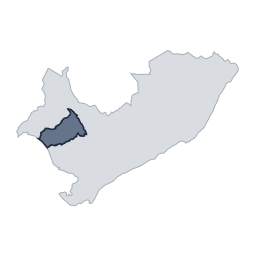 Loreto, Loreto, Peru shown in context, rotated 269°
{"feature_id": "86281439B27227740990867", "entity_name": "Loreto", "entity_type": "district", "adm_level": 2, "iso_a3": "PER", "parent_name": "Peru", "parent_adm1": "Loreto", "projection": "albers", "projection_center": [-75.325, -3.761], "detail": "fine", "context": "in_parent", "style": "filled", "palette": "slate", "viewbox_px": 256, "rotation_deg": 269, "n_neighbors": 0, "source": "geoboundaries", "source_scale": "gbopen_adm2", "svg_char_len": 8106}
<svg xmlns="http://www.w3.org/2000/svg" viewBox="0 0 256 256"><g transform="rotate(269 128 128)"><path d="M190.0,68.3L189.9,69.1L189.0,69.5L188.0,68.9L186.7,69.1L184.7,67.2L179.8,67.5L177.7,69.6L174.5,70.1L171.0,71.1L167.1,71.5L160.8,74.9L159.4,76.3L156.6,78.3L154.3,79.0L153.1,85.3L150.9,88.9L150.0,90.9L151.2,94.0L151.2,95.4L149.9,96.6L148.9,96.8L146.8,98.1L143.6,100.8L143.0,102.9L144.1,105.8L143.7,106.1L141.1,106.6L141.2,108.2L140.6,108.8L142.8,111.0L144.1,111.5L144.1,112.1L143.9,112.7L143.4,112.9L143.4,113.4L145.0,115.1L146.1,118.4L148.4,120.1L148.5,121.1L149.1,122.2L150.3,123.0L153.1,126.4L153.1,127.9L150.2,131.5L155.0,131.5L160.3,132.7L161.1,133.3L161.7,134.9L161.8,135.9L162.8,136.8L162.7,138.7L169.7,138.8L174.2,138.3L181.5,132.4L182.6,131.9L182.0,133.2L181.9,134.1L182.3,135.2L181.5,136.6L181.3,151.1L182.6,150.3L184.3,151.7L185.6,151.7L189.6,150.1L194.2,150.4L204.9,169.3L204.0,170.6L204.0,171.6L202.7,172.4L201.3,173.9L201.2,181.3L200.1,183.6L200.7,184.8L201.3,187.1L202.3,188.6L202.5,189.5L202.4,189.8L200.9,190.6L200.8,192.0L198.1,194.6L197.6,196.4L196.6,197.0L196.4,199.0L198.8,202.3L197.2,204.2L195.8,207.1L198.2,213.2L199.2,214.1L200.2,214.1L201.8,214.6L202.7,215.5L200.7,216.7L200.4,217.2L200.5,219.1L198.3,220.6L195.4,224.4L194.6,224.6L193.2,225.8L192.9,226.3L193.2,226.9L194.4,228.0L194.5,229.4L192.4,231.1L191.0,231.3L190.4,231.7L191.0,234.1L191.0,235.1L190.5,236.4L189.5,237.7L186.4,239.1L183.5,239.3L178.8,235.8L177.3,234.4L172.5,231.4L171.8,228.3L170.2,226.7L167.3,225.6L165.0,224.0L163.2,223.2L159.0,219.7L155.0,218.6L147.7,214.9L143.8,213.6L138.7,210.1L136.0,209.2L133.8,207.6L127.2,204.1L126.1,203.0L125.1,201.3L123.7,200.3L122.0,198.0L119.5,196.6L117.2,194.8L114.3,189.9L112.9,188.8L112.8,186.5L111.8,185.5L113.2,184.8L114.1,181.3L113.7,179.6L110.3,174.9L109.6,172.9L107.2,169.3L106.3,167.2L104.3,165.6L103.5,164.3L102.4,163.7L102.3,162.0L101.6,158.9L100.5,157.3L96.5,154.3L96.2,151.1L95.3,148.8L89.8,139.8L86.6,131.0L83.9,126.1L82.8,123.3L82.7,121.8L80.7,119.2L79.7,116.9L75.2,112.3L72.6,107.2L72.2,105.7L70.5,102.9L67.6,99.3L66.2,97.8L57.6,93.4L53.6,90.6L53.1,89.2L53.3,88.4L54.2,87.6L55.4,88.2L56.1,88.0L56.7,87.0L56.7,85.5L56.0,83.5L53.2,79.7L53.9,78.0L51.1,73.7L51.7,69.4L52.3,68.3L56.5,64.0L57.6,62.1L59.4,61.0L61.2,59.2L63.4,57.9L64.0,58.3L64.6,60.6L64.6,62.2L65.2,63.9L63.7,65.4L62.0,65.1L61.4,65.5L61.1,66.2L61.4,67.4L61.8,67.9L63.1,67.9L61.4,70.2L61.6,70.6L62.7,71.1L63.8,70.5L65.0,69.2L65.7,69.0L69.9,71.2L71.8,70.9L73.3,71.9L73.5,73.5L75.6,76.7L78.7,77.4L79.2,77.2L79.9,76.0L80.6,75.8L80.8,74.0L83.5,72.2L83.9,70.9L83.5,70.0L83.5,69.3L85.1,65.1L85.6,64.7L86.1,63.3L86.7,62.5L87.6,57.9L88.3,57.9L89.0,59.0L89.9,58.7L89.4,57.7L89.6,57.3L92.5,53.6L93.5,52.7L107.9,47.6L115.2,42.3L121.5,34.9L123.5,27.5L124.2,28.0L125.5,27.8L125.0,24.8L125.3,23.4L125.3,23.0L123.3,21.2L122.5,19.2L120.8,18.1L120.8,17.7L122.7,18.1L124.3,17.9L125.8,16.7L126.8,16.8L129.2,18.5L131.0,18.6L131.5,19.8L133.2,20.7L135.7,23.3L136.8,26.1L136.7,26.6L137.8,28.1L140.1,28.8L142.5,30.8L144.9,31.5L146.0,33.4L146.6,33.9L147.0,35.0L146.6,36.3L146.9,36.9L148.7,38.0L150.3,38.1L150.6,38.6L151.5,41.7L150.9,43.3L151.1,44.1L153.1,44.9L153.7,45.5L155.3,45.7L157.6,45.0L160.4,46.0L162.6,45.6L163.6,45.4L164.6,44.7L165.4,44.8L167.7,42.8L168.3,42.6L170.7,43.5L172.6,44.9L175.1,44.6L176.1,43.8L177.9,43.3L181.1,45.0L181.8,45.8L182.7,46.0L186.1,47.6L186.7,48.3L188.6,48.9L188.9,49.5L188.8,50.1L180.7,62.7L183.2,63.7L185.5,63.1L186.7,63.9L187.6,66.0L189.4,67.4L190.0,68.3Z" fill="#d9dde1" stroke="#a8b0b8" stroke-width="1"/><path d="M122.4,86.4L123.2,86.3L123.4,86.3L123.6,86.1L123.8,85.9L124.4,86.0L124.8,85.9L125.3,85.4L125.8,85.2L126.0,85.0L126.3,85.1L126.8,84.5L127.1,84.1L127.7,83.6L127.8,83.5L128.3,83.5L128.6,83.8L129.0,83.8L129.4,83.4L129.7,83.2L130.3,83.1L130.6,83.0L132.9,81.8L133.0,81.6L133.2,81.2L133.5,80.9L133.7,80.7L135.1,80.1L135.6,80.0L136.4,79.3L136.8,79.3L137.2,79.1L137.5,79.2L137.9,78.9L138.2,78.7L138.5,78.5L138.6,78.4L138.5,78.1L138.6,77.9L139.1,77.6L139.6,77.1L139.9,76.9L140.2,76.8L140.7,76.9L141.0,77.1L141.4,77.5L141.5,77.6L141.7,77.4L141.9,77.1L142.0,76.9L141.9,76.8L141.9,76.6L142.2,76.0L142.5,76.0L142.7,75.7L143.0,75.5L143.3,75.2L143.6,75.0L143.9,74.7L144.0,74.5L144.2,74.2L144.6,74.2L144.9,74.1L145.1,73.9L145.4,73.5L145.5,73.2L145.8,72.8L146.5,72.4L146.7,72.0L146.9,71.7L147.2,71.6L147.3,71.4L147.3,70.9L147.7,70.6L147.8,70.4L147.8,70.2L147.8,69.7L147.7,69.6L147.5,69.2L147.7,68.8L148.3,68.4L148.1,68.1L147.9,68.3L147.6,68.5L147.2,68.7L147.2,69.0L146.3,69.4L146.1,69.6L145.7,69.9L144.5,70.6L144.3,70.7L143.6,70.7L143.1,70.7L142.8,70.6L142.6,70.5L142.1,70.0L141.8,69.9L141.6,69.8L141.5,69.7L141.4,69.2L140.0,68.2L139.7,67.8L139.5,67.4L139.1,66.0L139.1,65.2L138.9,65.1L138.9,64.8L138.8,64.7L138.6,64.2L138.4,64.0L138.5,63.9L138.3,63.7L138.1,63.5L138.0,63.4L137.8,63.3L137.6,63.3L137.3,63.1L137.0,62.7L136.9,62.4L136.5,62.3L136.3,61.8L136.2,61.7L135.8,61.7L135.7,61.7L135.1,61.6L135.0,61.3L134.7,61.5L134.0,60.7L132.4,59.2L132.4,58.7L132.2,58.5L131.9,58.5L132.0,58.3L131.9,58.0L131.9,57.8L131.8,57.5L131.8,57.4L131.7,57.4L131.5,57.0L131.3,56.9L131.2,56.9L131.0,56.7L130.9,56.7L130.7,56.6L130.6,56.4L130.6,56.2L130.8,55.9L130.7,55.8L130.5,55.7L130.4,55.6L130.2,55.6L130.0,55.4L129.8,55.5L129.7,55.4L129.6,55.5L129.6,55.4L129.3,55.3L129.2,55.4L128.9,55.3L128.6,55.3L128.6,55.1L128.5,54.9L128.4,54.8L128.3,54.5L128.4,54.3L128.3,54.2L128.3,53.9L128.2,53.7L128.1,53.3L128.1,52.9L127.8,52.7L127.9,52.1L127.9,51.8L128.0,51.6L128.2,50.9L128.2,50.4L128.4,50.1L128.4,49.5L128.4,49.1L128.5,48.9L128.8,48.8L128.9,48.6L129.0,48.2L129.0,47.9L129.0,47.7L128.9,47.6L128.6,47.1L128.7,46.9L128.9,46.9L129.1,46.8L129.1,46.3L129.1,46.0L129.1,45.7L129.0,45.4L129.0,45.2L128.9,45.2L128.7,45.2L128.3,45.0L128.0,44.8L127.8,44.5L127.7,44.5L127.5,44.3L127.2,44.2L127.1,44.4L126.8,44.2L126.6,43.6L126.4,43.4L126.4,43.2L126.5,43.1L126.4,43.0L126.2,42.8L126.2,42.7L125.9,42.6L125.6,42.4L125.5,42.1L125.5,41.9L125.4,41.8L125.4,41.6L125.2,41.4L125.2,41.2L125.0,40.8L124.8,40.7L124.4,40.7L124.1,40.8L123.7,40.9L123.5,41.0L123.1,41.1L122.9,40.8L122.6,40.7L122.1,40.7L121.9,40.6L121.5,40.2L121.0,40.3L120.9,40.2L120.5,40.0L120.4,40.0L119.9,39.9L119.4,39.8L119.3,39.6L119.0,38.8L118.9,38.6L119.0,38.3L119.0,38.1L115.7,42.2L109.7,47.0L110.0,47.1L110.1,47.6L110.1,47.8L110.2,48.0L110.3,48.0L110.5,48.1L110.7,48.4L110.9,48.6L111.1,48.8L111.3,49.1L111.5,49.2L111.6,49.5L111.4,49.6L111.6,49.7L111.8,49.7L112.0,50.5L112.4,50.6L112.5,50.9L112.5,51.1L112.4,51.3L112.4,51.7L112.2,51.8L112.1,52.1L112.0,52.3L112.0,52.5L112.1,52.8L112.1,53.0L112.0,53.7L111.9,54.0L111.7,54.3L111.5,54.5L112.0,55.0L111.8,55.2L111.8,55.3L112.0,55.4L112.0,55.5L111.9,55.6L111.9,55.8L112.1,55.6L112.3,55.6L112.2,55.8L112.1,56.0L112.3,56.1L112.3,56.3L112.5,56.7L112.6,56.8L112.7,57.0L112.8,57.0L113.0,57.4L113.0,57.6L112.9,57.8L113.0,57.9L113.1,58.2L113.1,58.3L113.1,58.8L113.5,59.3L113.6,59.7L113.4,59.8L113.2,59.9L113.1,60.0L113.2,60.3L113.4,60.3L113.4,60.7L112.8,61.0L112.6,61.1L112.3,61.3L112.5,61.5L112.7,61.4L112.7,61.5L112.8,61.6L112.8,61.8L112.8,62.1L112.9,62.3L113.0,62.2L113.2,62.6L113.3,62.7L113.6,63.0L113.7,63.4L113.7,63.8L113.8,64.0L113.8,64.3L114.1,64.4L114.5,64.7L114.6,64.9L114.6,65.2L114.8,65.6L115.2,65.7L115.3,65.8L115.3,66.1L115.5,66.3L115.5,66.7L115.4,67.2L115.4,67.4L115.5,67.5L116.0,67.9L116.2,68.4L116.2,68.6L115.9,68.8L116.0,69.2L116.4,69.6L116.5,69.7L116.6,69.8L116.9,69.8L117.0,70.0L117.6,70.2L117.9,70.5L117.9,70.8L117.9,71.0L117.8,71.5L117.8,71.9L117.6,72.4L118.0,72.5L118.2,72.9L118.1,73.3L118.2,73.6L118.3,73.7L118.7,73.8L119.5,74.2L119.6,74.5L119.7,74.9L119.7,75.0L120.4,75.5L120.1,75.9L120.1,76.1L120.1,76.3L120.3,76.5L120.7,76.6L120.8,76.6L121.1,76.5L121.4,76.7L122.0,76.7L122.5,76.9L123.1,77.2L123.3,77.3L123.5,77.5L123.8,78.1L123.5,78.1L123.1,78.0L122.8,78.2L122.5,78.4L122.2,78.8L121.0,79.8L120.9,80.0L121.3,80.3L121.3,80.5L121.2,80.8L120.9,80.8L120.8,81.0L120.9,81.4L120.6,81.8L120.5,82.4L120.9,82.9L120.9,83.0L120.7,83.5L120.8,83.8L121.2,84.0L121.0,84.3L121.8,84.6L122.2,84.7L122.4,84.7L122.9,84.5L122.8,85.0L122.7,85.6L122.5,86.1L122.4,86.4Z" fill="#64748b" stroke="#1e293b" stroke-width="1.5"/></g></svg>